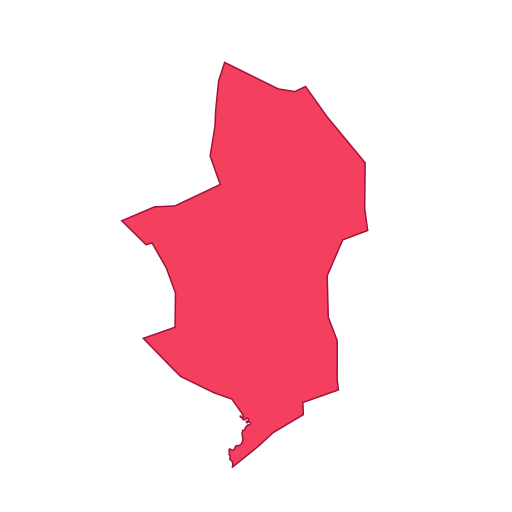 outline of Lu'n, Töv, Mongolia, rotated 252°
{"feature_id": "93677404B53704877683410", "entity_name": "Lu'n", "entity_type": "district", "adm_level": 2, "iso_a3": "MNG", "parent_name": "Mongolia", "parent_adm1": "Töv", "projection": "equal_earth", "projection_center": [104.801, 47.789], "detail": "fine", "context": "isolated", "style": "filled", "palette": "rose", "viewbox_px": 512, "rotation_deg": 252, "n_neighbors": 0, "source": "geoboundaries", "source_scale": "gbopen_adm2", "svg_char_len": 2346}
<svg xmlns="http://www.w3.org/2000/svg" viewBox="0 0 512 512"><g transform="rotate(252 256 256)"><path d="M401.9,355.5L400.4,343.7L408.0,328.8L449.8,286.0L434.0,274.5L406.6,262.5L391.9,257.0L365.3,243.3L335.1,244.1L328.7,194.2L334.1,174.6L331.0,139.2L300.7,154.9L300.5,161.2L272.3,167.0L245.7,168.0L213.3,157.0L212.5,123.4L177.0,140.8L164.7,147.1L139.0,173.7L127.3,188.9L110.3,194.1L109.7,194.1L108.7,194.3L107.6,194.4L106.7,194.4L106.1,193.9L106.2,193.3L107.4,192.5L107.9,192.1L108.5,192.0L108.6,191.6L108.2,191.4L107.6,191.6L107.3,191.9L106.7,192.4L106.2,192.8L105.5,193.0L105.0,193.0L104.5,193.3L104.1,193.5L103.8,194.0L103.8,194.5L103.9,195.1L104.1,195.9L104.2,196.3L104.3,196.6L104.5,197.1L104.5,197.7L103.9,198.2L103.5,198.3L102.9,198.3L102.4,198.2L101.9,198.0L101.7,197.6L101.6,197.3L101.6,196.8L101.6,196.3L101.7,195.9L101.4,195.6L101.1,195.4L100.7,195.4L100.5,195.5L100.3,195.7L100.2,195.9L100.2,196.2L100.3,196.5L100.5,196.9L100.6,197.6L100.4,198.3L99.9,198.7L99.0,198.9L98.3,198.9L97.7,198.6L97.5,198.3L97.4,198.0L97.4,197.7L97.5,197.3L97.6,197.0L97.7,196.6L97.8,196.2L97.8,195.7L97.6,195.3L97.4,195.0L97.1,194.6L96.6,193.7L96.2,193.2L95.9,192.9L95.3,192.2L94.9,192.1L94.5,191.9L94.3,191.7L94.0,191.5L93.8,191.2L93.7,190.8L93.8,190.5L94.0,190.2L94.4,189.7L94.0,189.2L93.7,189.1L93.3,189.0L92.9,188.8L92.6,188.6L92.3,188.2L91.7,187.9L90.9,187.8L89.6,187.5L88.7,187.3L87.9,187.2L87.3,187.2L86.4,187.0L85.5,186.7L84.5,186.3L84.0,185.9L83.5,185.5L82.3,184.5L81.8,183.9L81.5,183.3L81.2,182.4L81.1,181.6L80.9,180.8L81.0,180.3L81.3,179.9L81.7,179.5L81.7,179.0L81.6,178.5L81.3,177.7L80.6,177.1L79.9,176.6L79.2,176.0L78.6,175.2L78.5,174.7L78.7,174.1L78.9,173.4L79.4,172.8L79.7,172.3L80.3,171.9L80.6,171.5L80.5,171.2L80.3,170.7L79.8,170.4L79.0,170.2L78.3,170.2L77.8,170.1L77.4,169.9L76.7,169.6L76.2,169.3L76.0,169.2L75.6,169.1L75.2,169.2L74.8,169.3L74.1,169.5L73.5,169.6L73.0,169.5L72.6,169.3L72.2,168.9L71.6,168.6L71.2,168.4L70.9,168.3L70.5,168.4L70.2,168.5L69.8,168.8L69.4,169.1L68.9,169.5L68.2,169.8L67.2,169.8L66.2,169.7L65.2,169.6L64.5,169.4L63.7,169.0L63.0,168.7L62.2,167.7L74.2,199.1L82.7,217.7L90.5,252.0L102.2,255.3L103.2,293.0L113.7,295.1L150.4,307.1L175.4,305.8L215.2,317.6L244.5,343.4L245.2,357.3L245.8,370.1L267.4,374.0L267.8,374.1L310.9,388.6L366.5,366.6L401.9,355.5Z" fill="#f43f5e" stroke="#9f1239" stroke-width="1.5"/></g></svg>